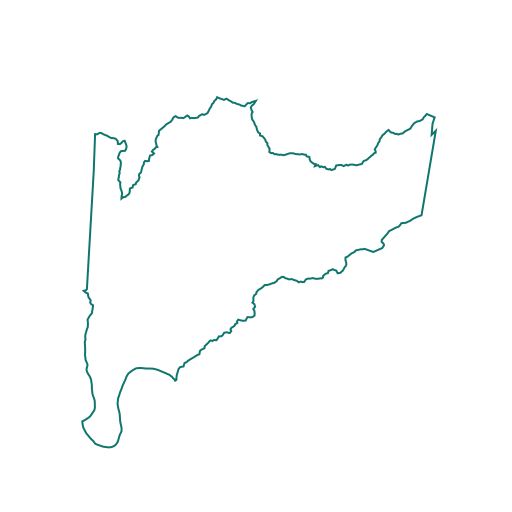 Floresta, Pernambuco, Brazil (Albers equal-area conic projection), rotated 350°
{"feature_id": "56859067B33369261578833", "entity_name": "Floresta", "entity_type": "district", "adm_level": 2, "iso_a3": "BRA", "parent_name": "Brazil", "parent_adm1": "Pernambuco", "projection": "albers", "projection_center": [-38.301, -8.621], "detail": "fine", "context": "isolated", "style": "outline", "palette": "teal", "viewbox_px": 512, "rotation_deg": 350, "n_neighbors": 0, "source": "geoboundaries", "source_scale": "gbopen_adm2", "svg_char_len": 6076}
<svg xmlns="http://www.w3.org/2000/svg" viewBox="0 0 512 512"><g transform="rotate(350 256 256)"><path d="M282.8,103.2L278.6,103.7L276.8,104.5L274.3,104.0L270.8,106.6L267.2,105.1L266.3,104.1L263.7,103.0L261.6,101.4L259.6,100.9L258.4,99.5L256.8,98.3L254.1,95.9L251.6,96.7L249.0,95.2L246.5,93.8L245.3,92.9L243.9,94.9L242.1,95.9L240.6,97.9L239.0,98.9L237.7,101.2L236.0,102.8L235.0,104.4L233.0,106.9L231.1,107.5L229.3,108.0L227.6,107.0L225.8,107.7L224.1,108.2L223.0,109.5L221.4,109.6L219.1,109.5L217.0,108.9L214.8,108.9L214.1,106.9L212.7,105.7L210.2,106.9L208.4,107.6L206.7,107.0L203.3,106.4L201.1,104.3L199.3,104.9L198.3,105.7L197.1,107.4L195.4,108.9L194.0,109.5L191.7,110.3L190.1,111.0L188.2,112.5L182.3,115.8L181.0,119.9L179.7,120.5L177.6,123.6L177.0,125.8L177.2,128.0L177.2,129.9L177.8,131.5L176.1,131.7L175.0,132.7L172.9,133.7L171.6,135.1L172.5,136.1L173.4,137.4L171.3,138.6L169.1,138.7L167.5,141.9L167.2,143.7L165.3,143.8L163.3,143.1L161.9,144.3L161.5,146.1L159.5,148.5L157.2,153.8L155.3,154.9L154.6,156.8L155.0,158.3L154.1,159.7L153.6,160.9L150.6,163.0L150.1,164.3L147.2,164.9L146.4,167.1L143.5,167.6L142.9,170.4L142.3,172.0L141.3,173.1L139.2,174.1L137.6,175.1L135.4,175.0L133.5,176.1L133.9,174.3L134.6,172.4L135.1,170.8L134.7,167.3L134.3,166.0L134.7,161.4L135.2,159.9L133.6,157.5L133.8,156.3L134.5,154.8L135.0,153.1L136.2,150.5L136.0,149.2L137.1,147.3L137.8,145.1L138.4,143.8L138.6,142.4L139.2,140.8L139.0,138.5L137.1,135.8L137.5,134.4L139.8,130.5L141.5,129.2L145.2,129.7L146.6,128.2L147.6,125.7L147.5,124.0L146.7,119.7L144.8,119.9L143.2,121.2L141.4,122.2L139.4,121.6L139.7,120.1L139.7,118.7L138.2,116.2L135.7,115.0L134.3,114.9L132.1,113.4L130.2,111.6L129.1,111.1L126.4,109.3L125.3,108.2L123.6,107.6L122.1,108.0L120.7,108.6L118.7,108.0L110.9,144.4L83.7,259.3L82.7,260.1L80.3,260.4L82.1,262.6L83.9,263.7L83.8,266.1L84.0,268.1L85.0,269.7L85.5,270.9L84.6,273.1L85.1,274.5L87.0,276.3L86.2,278.6L85.7,280.5L85.0,281.8L84.6,283.7L81.9,286.0L79.1,289.4L78.8,293.1L78.0,296.8L76.9,298.5L74.2,304.1L73.7,306.4L73.6,308.6L72.4,311.2L71.7,317.5L70.8,322.3L70.3,323.9L70.4,325.8L70.1,328.5L71.2,333.4L70.9,334.9L69.8,337.0L69.3,338.8L69.5,340.6L70.1,342.7L71.5,346.0L72.1,349.1L71.9,354.8L71.4,357.6L71.0,363.7L72.0,369.8L71.9,371.6L71.0,377.4L70.1,379.7L65.1,384.9L63.5,385.9L59.2,387.8L56.2,388.7L56.0,391.3L56.1,394.6L56.6,396.5L58.0,401.0L61.8,407.6L63.6,409.9L64.7,412.3L65.5,413.3L67.1,414.3L72.1,417.1L73.8,417.7L77.7,418.9L79.5,419.1L81.8,418.9L83.9,418.2L85.2,417.4L86.8,415.9L87.9,414.4L90.6,408.8L93.1,405.3L93.7,402.5L93.7,400.5L93.5,395.7L94.3,388.1L94.2,384.9L93.9,382.2L94.0,377.3L95.7,371.7L96.6,370.4L98.6,366.4L100.7,363.2L101.8,361.0L106.1,354.8L107.5,352.3L109.3,350.2L110.4,349.3L113.8,347.5L117.1,346.2L118.5,345.8L120.1,345.9L123.3,346.3L127.7,347.6L133.9,348.8L135.9,349.4L138.5,350.6L140.3,351.5L141.9,352.7L143.3,353.5L150.0,357.9L152.5,360.7L153.1,361.9L154.2,363.2L154.7,364.7L156.0,364.2L157.1,360.0L160.1,353.8L162.1,352.2L165.4,352.2L167.1,348.9L168.9,348.6L170.7,347.5L172.6,346.6L178.1,344.6L179.8,343.8L181.1,343.3L183.2,342.9L184.3,339.8L185.4,339.0L186.8,338.5L189.2,337.9L189.9,335.8L194.2,333.0L195.4,331.8L196.8,331.3L198.4,332.1L200.2,331.4L202.4,332.1L204.3,330.2L205.4,328.8L207.9,329.0L209.2,328.4L211.3,326.1L213.7,326.0L216.8,327.3L218.6,325.6L218.1,323.7L219.4,322.4L221.8,321.5L223.0,320.8L223.4,319.7L226.0,318.7L225.8,317.3L227.4,315.6L229.7,316.7L231.9,317.6L234.7,317.7L235.8,316.1L237.0,314.7L238.6,315.1L240.4,315.6L242.2,315.4L244.2,314.4L244.7,312.3L244.9,309.6L244.1,307.7L246.3,305.9L246.0,303.1L244.4,301.4L245.6,300.1L246.2,296.3L247.3,294.6L249.7,293.2L250.1,291.8L252.2,290.0L253.8,289.3L255.5,288.7L257.7,287.5L259.4,286.1L261.4,286.5L264.2,286.3L267.4,285.7L269.1,285.7L272.1,284.3L273.3,282.8L274.9,282.3L277.8,281.1L279.5,281.3L280.7,282.7L282.9,283.8L284.5,284.8L287.0,284.9L290.0,286.6L292.0,287.6L293.4,289.3L295.7,289.0L297.1,289.8L299.0,289.9L300.1,288.6L301.3,287.6L303.4,287.3L305.6,287.7L308.0,287.6L310.5,288.7L312.8,289.2L315.6,289.2L317.0,289.5L318.4,288.7L318.6,287.3L320.0,286.4L321.8,285.5L323.9,285.3L324.9,283.2L327.5,282.9L329.1,282.3L330.8,283.4L332.5,284.3L333.4,287.2L336.3,287.2L337.6,286.2L339.1,285.4L341.4,282.4L342.7,281.4L343.4,280.3L343.7,278.6L343.4,275.5L343.9,273.0L345.9,272.6L350.4,270.1L353.7,269.1L355.3,267.8L358.0,267.7L360.5,267.6L362.6,268.0L364.2,267.8L372.2,272.4L381.7,270.1L384.0,267.6L383.6,265.6L382.2,264.0L382.6,262.1L389.8,256.3L391.2,254.7L395.4,253.4L398.0,252.5L401.8,251.8L403.0,250.8L405.0,248.9L409.4,249.3L414.5,247.9L417.0,246.6L419.1,246.1L420.6,245.6L426.1,244.6L454.8,163.9L450.0,167.2L452.8,156.5L456.0,150.5L448.8,145.8L446.9,147.5L445.4,148.5L443.8,150.4L440.6,151.5L437.9,151.5L436.0,152.3L434.8,152.7L432.2,154.9L430.1,157.4L424.7,159.0L423.2,159.8L422.0,160.7L419.3,160.7L417.4,161.1L415.8,160.1L414.2,160.0L412.7,158.6L410.4,157.8L409.4,156.5L408.4,154.9L405.9,156.2L403.3,158.2L401.4,159.1L400.3,160.6L398.7,162.0L398.0,163.0L397.4,164.8L395.8,166.1L394.7,168.2L393.4,169.4L391.4,171.7L392.0,173.3L391.8,175.0L390.4,175.2L388.6,176.6L387.0,177.3L385.5,178.3L384.2,179.0L382.8,180.0L380.9,180.8L378.6,181.1L377.5,182.2L376.2,183.7L370.6,184.1L367.6,182.9L364.4,182.3L362.4,182.9L360.9,181.8L357.9,182.7L355.9,181.2L353.9,180.9L350.7,180.8L348.9,183.8L347.3,184.2L345.0,184.4L344.0,183.2L342.7,183.4L340.5,182.4L339.3,180.2L337.6,180.3L335.8,179.0L334.4,179.6L332.9,177.2L329.6,177.8L330.7,175.8L328.9,175.2L326.3,172.5L325.7,170.5L325.8,167.8L323.1,166.6L322.7,164.9L321.2,164.6L319.1,163.6L317.1,163.6L314.8,163.1L312.3,162.3L311.2,161.6L309.1,161.0L306.8,160.7L302.5,161.4L300.3,161.5L298.5,160.6L296.5,160.4L294.6,159.8L293.5,159.1L291.9,159.0L290.4,157.4L288.7,157.3L287.2,155.9L288.0,152.8L286.5,148.6L286.8,146.8L285.5,145.0L285.4,143.2L284.4,141.2L283.2,139.2L280.9,138.0L281.2,136.0L279.7,134.8L278.9,131.8L278.8,129.0L278.1,127.4L277.5,125.5L277.4,124.0L276.7,122.3L276.0,121.0L275.9,118.5L276.2,115.7L276.8,114.5L277.7,113.6L277.0,111.6L276.6,108.9L277.9,107.3L280.1,106.1L282.8,103.2Z" fill="none" stroke="#0f766e" stroke-width="2"/></g></svg>